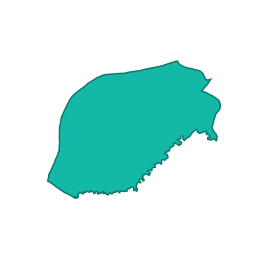 the district of Atsaphone, Savannakhét, Laos, rotated 150°
{"feature_id": "54806243B37030800305867", "entity_name": "Atsaphone", "entity_type": "district", "adm_level": 2, "iso_a3": "LAO", "parent_name": "Laos", "parent_adm1": "Savannakhét", "projection": "mercator", "projection_center": [105.412, 16.945], "detail": "fine", "context": "isolated", "style": "filled", "palette": "teal", "viewbox_px": 256, "rotation_deg": 150, "n_neighbors": 0, "source": "geoboundaries", "source_scale": "gbopen_adm2", "svg_char_len": 5530}
<svg xmlns="http://www.w3.org/2000/svg" viewBox="0 0 256 256"><g transform="rotate(150 128 128)"><path d="M148.1,185.3L153.9,184.7L158.4,183.8L160.4,183.2L162.4,182.4L165.0,181.1L170.1,177.8L179.1,171.5L180.3,170.5L181.4,169.3L183.1,167.0L184.8,165.1L186.1,163.8L187.0,162.7L187.8,161.4L188.8,159.6L192.1,154.3L194.9,148.9L195.6,147.9L196.5,146.9L197.3,145.5L198.6,143.5L198.9,142.9L203.8,138.8L206.9,136.7L209.1,134.7L213.3,131.8L214.7,130.7L218.9,127.9L220.1,127.0L220.9,125.6L224.0,122.3L221.4,117.5L220.7,115.7L219.2,112.1L214.8,103.1L213.2,101.2L211.2,98.1L210.1,95.5L209.3,94.9L209.2,94.7L209.0,93.7L208.9,93.6L208.6,93.7L207.9,94.6L207.6,94.6L207.4,94.5L207.4,94.3L207.8,93.5L207.7,93.2L206.8,92.9L206.3,92.9L205.7,93.1L205.3,93.5L205.4,94.0L205.3,94.3L204.4,94.8L204.4,95.4L203.2,96.0L202.4,96.5L202.1,96.4L201.7,95.7L200.6,94.7L199.8,93.3L199.6,93.3L199.3,93.5L199.1,93.8L199.1,94.7L198.9,94.9L198.7,94.9L198.4,94.5L197.7,93.8L197.1,93.5L196.6,93.6L196.1,94.0L195.7,93.9L194.8,93.2L194.1,92.2L193.5,91.8L193.1,91.7L192.8,91.8L192.1,92.4L191.8,92.5L191.7,92.3L191.6,92.0L191.4,91.2L191.2,90.9L190.5,90.6L190.0,90.2L189.9,89.8L190.0,88.7L190.3,88.3L190.2,88.2L189.7,88.1L188.6,88.3L188.3,88.5L188.1,88.9L187.8,89.0L187.0,88.6L186.5,88.2L186.5,87.7L186.6,87.3L187.2,86.4L187.1,86.0L186.9,85.7L186.7,85.6L186.1,85.9L185.4,86.6L185.1,86.7L184.9,86.5L184.8,86.3L184.8,85.5L184.7,85.3L182.7,84.8L182.4,84.9L182.0,85.2L181.5,85.4L181.3,85.3L181.0,85.1L180.9,85.0L180.9,84.7L181.7,83.6L181.7,83.2L181.4,83.1L180.8,83.4L180.6,83.4L180.0,83.0L179.8,82.4L179.9,81.6L179.7,81.2L179.1,80.5L178.5,80.1L178.1,80.1L177.1,81.0L176.6,80.8L175.9,80.4L175.1,79.3L174.7,78.9L174.2,78.9L173.7,79.0L173.0,79.6L172.8,79.6L172.4,79.5L170.6,78.5L170.1,79.0L169.9,79.1L169.3,79.0L168.8,78.7L168.6,78.0L168.1,77.6L168.0,77.2L167.9,76.4L167.8,76.2L167.3,76.2L166.5,77.0L166.4,77.0L166.0,76.9L165.3,76.7L164.4,76.1L163.8,75.5L163.0,75.0L162.5,74.8L161.5,74.7L161.1,74.0L160.8,73.8L160.6,73.8L160.4,73.9L160.1,74.6L159.5,75.0L159.1,75.5L157.6,74.9L157.0,74.8L156.5,74.9L155.3,75.3L155.1,75.4L154.7,75.3L153.4,74.1L153.2,73.6L153.2,73.0L153.3,72.5L153.7,71.8L154.2,71.2L154.2,70.9L153.9,70.7L152.3,71.1L151.9,71.0L151.7,70.5L152.4,69.4L152.3,69.2L151.9,69.0L151.4,69.2L151.1,69.5L150.9,69.7L150.5,70.5L150.3,71.3L150.3,72.2L150.4,72.7L150.2,73.3L149.8,73.9L148.4,74.8L147.6,75.7L147.1,75.9L146.6,75.9L145.8,75.5L144.7,74.4L144.2,74.5L144.1,74.8L144.6,75.5L144.6,75.8L144.2,76.8L144.5,77.4L144.1,77.7L143.4,77.8L142.7,77.7L142.1,77.5L141.6,77.1L141.5,76.8L141.4,76.4L141.6,75.4L141.6,74.9L141.4,74.7L141.0,74.5L140.5,74.6L140.1,75.1L139.8,75.8L140.0,77.1L140.5,78.2L140.4,78.4L140.3,78.5L139.8,78.7L138.5,78.8L137.2,79.7L137.0,79.8L136.6,79.8L136.1,79.5L135.0,78.4L134.1,77.8L134.0,77.6L133.5,76.6L133.2,76.5L132.7,76.6L132.1,77.0L131.9,77.4L131.3,77.8L131.1,78.1L131.2,78.6L131.5,79.2L132.5,80.4L132.5,80.5L132.3,80.9L131.8,81.2L131.3,81.3L130.4,80.9L129.7,80.5L129.5,80.1L129.3,79.4L129.0,79.3L128.5,79.4L128.2,79.6L127.8,80.4L127.6,81.2L127.3,81.3L126.9,81.3L125.3,81.0L124.8,80.7L124.4,80.5L124.1,80.4L123.9,80.5L123.7,81.0L123.5,83.1L123.2,83.3L122.6,83.1L122.0,82.8L118.8,82.6L118.3,82.2L117.6,80.4L117.1,80.2L116.6,80.5L116.3,80.9L115.9,82.0L115.7,82.6L115.2,83.0L114.5,83.3L113.8,83.3L113.0,83.0L112.7,82.4L112.7,82.0L112.4,81.8L111.5,81.8L110.1,82.3L109.7,82.4L108.5,82.2L108.3,82.3L108.0,82.8L107.3,85.2L107.9,86.2L108.6,87.0L109.0,87.5L108.8,87.8L108.3,88.2L107.9,88.4L107.6,88.4L107.1,88.2L106.8,88.0L106.3,87.7L105.8,87.6L105.5,87.6L104.8,87.9L103.5,87.7L103.2,87.9L102.1,89.4L101.5,89.9L100.3,89.9L98.7,89.5L98.2,89.6L96.9,90.1L96.7,90.5L96.7,91.0L96.6,91.5L96.0,91.9L95.6,91.9L95.2,91.6L94.3,90.4L93.4,89.4L92.8,87.8L92.5,87.4L92.2,87.3L90.5,87.5L89.9,87.8L88.8,88.7L88.8,89.1L89.4,90.1L90.6,91.3L91.2,92.2L91.3,92.7L91.2,93.1L90.9,93.4L90.7,93.4L90.2,93.4L89.2,92.6L88.4,92.3L88.0,92.3L87.5,92.5L87.3,92.7L87.1,92.9L86.7,94.0L86.4,94.3L86.0,94.5L85.6,94.4L85.1,94.1L85.0,93.9L84.8,93.5L84.9,92.0L85.0,91.7L85.9,91.1L86.0,91.0L86.0,90.7L85.9,90.1L85.6,89.4L85.4,89.3L85.1,89.1L84.0,89.3L82.5,89.9L79.4,89.8L77.7,90.3L77.0,90.8L74.5,91.9L70.1,92.8L69.9,92.7L69.4,92.0L69.2,91.5L69.3,91.0L69.8,90.1L69.8,89.6L69.6,89.3L68.9,88.4L68.8,88.1L68.8,87.7L68.6,87.5L67.3,87.3L66.4,87.0L65.6,87.0L64.7,86.7L62.8,86.7L62.3,86.4L61.8,84.9L62.0,84.7L62.8,84.6L63.1,84.3L63.2,84.0L63.2,83.6L62.8,82.9L61.6,81.8L61.2,81.3L61.1,80.8L61.2,79.9L61.5,79.0L61.6,78.9L61.8,78.8L62.8,79.7L63.1,79.9L63.4,79.9L63.8,79.6L64.3,78.9L64.6,78.4L64.6,78.2L63.5,77.5L62.8,76.5L62.6,76.3L62.0,76.1L59.4,75.8L58.7,75.4L58.4,75.0L58.4,73.6L58.2,73.3L57.7,72.8L56.4,74.5L55.2,75.9L54.8,78.9L55.4,81.3L55.2,86.1L50.3,91.3L45.0,96.2L39.4,98.3L36.7,101.0L35.7,104.7L35.6,106.4L36.0,107.9L36.7,109.1L37.2,110.6L38.1,112.0L38.7,113.6L40.4,115.7L42.5,119.4L44.1,121.3L45.8,123.1L42.1,124.6L37.5,126.0L33.9,127.9L32.0,128.8L34.3,129.5L35.4,130.0L36.4,130.9L36.3,133.4L35.9,137.5L36.5,139.9L37.5,141.9L40.7,144.9L42.7,147.1L45.7,149.6L48.1,151.9L50.2,154.9L51.8,158.0L51.7,159.9L51.9,161.3L53.4,161.8L56.2,162.5L57.5,162.7L58.8,163.1L60.7,163.5L64.6,164.2L69.1,165.3L71.4,166.0L76.1,167.7L80.5,169.2L81.6,169.5L83.2,170.1L89.4,171.8L92.1,173.0L94.2,173.8L98.9,175.7L100.2,176.2L102.1,176.6L103.9,177.2L104.3,177.4L106.9,178.8L108.3,179.6L110.7,180.6L114.5,182.5L118.5,184.4L119.0,184.5L120.1,185.2L121.3,185.7L124.6,186.5L126.6,186.5L128.5,187.0L130.2,187.0L137.8,186.7L139.9,186.7L141.7,186.4L143.5,185.9L148.1,185.3Z" fill="#14b8a6" stroke="#0f766e" stroke-width="1.5"/></g></svg>